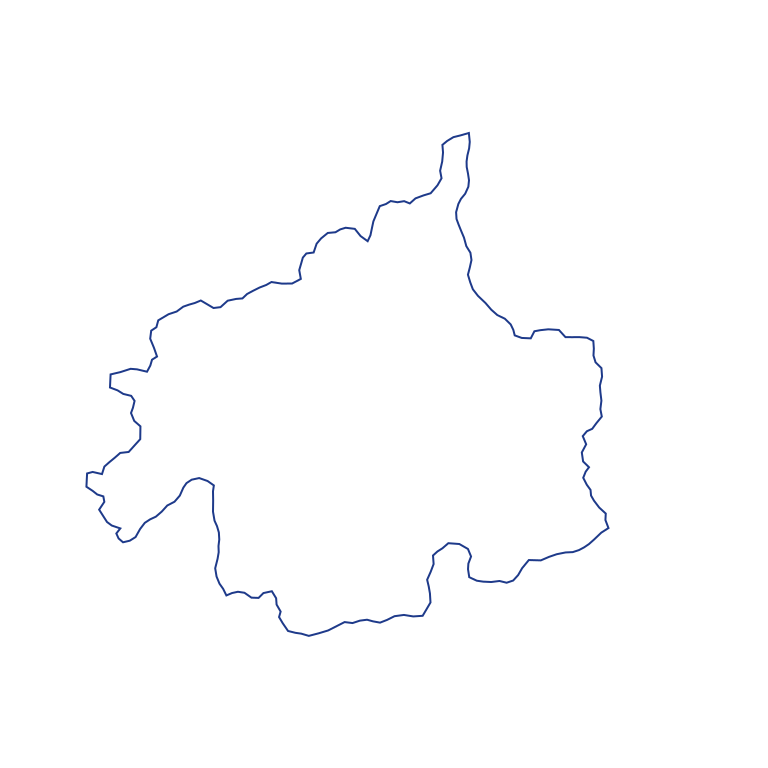 Santa Bárbara do Monte Verde, Minas Gerais, Brazil (Mercator projection), rotated 110°
{"feature_id": "56859067B95233367881630", "entity_name": "Santa Bárbara do Monte Verde", "entity_type": "district", "adm_level": 2, "iso_a3": "BRA", "parent_name": "Brazil", "parent_adm1": "Minas Gerais", "projection": "mercator", "projection_center": [-43.696, -21.962], "detail": "fine", "context": "isolated", "style": "outline", "palette": "blue", "viewbox_px": 768, "rotation_deg": 110, "n_neighbors": 0, "source": "geoboundaries", "source_scale": "gbopen_adm2", "svg_char_len": 3418}
<svg xmlns="http://www.w3.org/2000/svg" viewBox="0 0 768 768"><g transform="rotate(110 384 384)"><path d="M636.6,459.8L632.4,455.3L629.2,450.2L627.9,443.7L630.1,435.5L627.9,428.7L621.7,425.8L617.1,418.5L622.2,412.1L628.0,409.5L633.2,403.3L638.9,402.9L643.4,397.4L648.9,389.7L648.1,382.1L646.9,376.4L646.4,368.5L640.6,360.1L634.7,352.2L627.1,345.1L621.2,339.6L619.4,331.8L614.6,325.7L611.3,319.3L610.8,313.2L609.6,306.1L604.6,300.4L598.6,294.7L594.2,286.3L592.4,277.0L588.6,268.4L580.6,266.9L573.4,265.6L565.1,269.2L559.0,272.7L553.2,276.5L544.4,275.9L536.2,275.8L528.4,279.3L523.1,276.5L518.4,272.9L511.6,269.1L508.6,258.5L510.3,248.7L516.3,243.2L523.9,243.3L529.3,241.7L536.4,237.8L537.1,229.5L535.8,223.2L533.4,215.5L529.6,208.1L528.8,200.8L524.5,195.4L517.7,192.6L509.8,191.2L499.9,187.7L496.1,176.3L490.0,169.8L484.9,163.5L480.2,155.8L477.4,149.1L473.4,144.0L469.2,140.2L464.4,136.7L458.3,133.4L449.4,129.0L442.6,123.8L436.1,129.4L429.9,131.3L426.5,139.5L421.8,146.8L418.0,151.3L412.9,153.7L409.3,159.0L404.0,164.7L397.4,164.5L392.1,162.9L388.7,170.4L380.7,174.7L371.5,173.4L365.0,179.4L359.0,177.2L354.9,173.0L348.4,171.1L340.1,168.2L333.6,172.1L325.3,174.0L317.8,177.8L311.7,180.6L302.5,181.6L294.7,185.1L291.3,192.6L285.6,196.9L279.0,198.9L272.0,202.0L271.1,209.1L273.2,216.7L275.5,222.8L277.9,229.5L273.4,238.1L276.4,248.3L280.0,255.6L283.0,260.7L290.9,261.7L293.6,270.3L293.6,277.8L288.9,281.0L284.7,285.3L281.3,292.8L280.5,301.0L277.5,308.6L273.2,316.3L269.0,325.9L264.6,332.9L259.0,337.7L252.6,342.5L245.2,343.2L237.6,344.2L231.1,347.7L226.3,353.8L219.1,358.9L213.6,364.0L208.6,368.5L204.1,372.3L197.9,375.0L189.4,375.7L183.7,375.0L177.5,372.8L169.8,372.2L163.5,373.8L157.6,377.0L151.8,380.5L146.7,382.5L140.7,383.8L133.4,384.6L127.2,386.2L119.1,390.1L124.2,397.1L128.3,403.2L133.9,407.7L139.3,410.9L146.3,407.7L155.0,405.4L164.4,404.2L171.0,400.3L179.0,401.7L188.8,405.4L193.2,411.3L198.8,417.9L205.5,421.5L205.3,427.6L208.6,433.5L209.8,440.3L214.2,443.7L218.3,448.8L226.3,449.2L234.8,449.6L240.6,448.8L248.9,447.6L255.4,448.2L253.0,456.6L248.2,464.5L250.3,473.5L253.7,478.0L258.0,481.5L261.3,488.5L268.7,492.9L275.2,495.3L284.5,495.1L287.9,501.6L293.0,503.5L298.5,503.1L306.0,502.6L313.7,498.1L321.0,504.7L324.6,514.3L326.7,524.7L331.2,528.5L335.9,533.9L341.5,539.2L346.2,543.4L352.0,546.3L354.6,552.0L359.2,559.4L367.7,563.9L370.9,570.2L369.6,577.1L368.2,584.7L372.6,589.5L376.0,594.2L380.0,599.1L386.8,603.6L392.1,610.3L401.4,617.9L408.5,617.3L413.5,621.0L421.4,619.2L428.6,612.6L435.8,606.7L440.5,610.3L446.6,609.9L453.5,610.9L454.7,621.1L456.4,627.3L463.0,635.8L468.5,644.2L481.0,640.3L481.1,632.2L482.5,625.6L481.6,617.5L485.2,612.6L492.1,611.8L497.8,611.8L504.1,606.1L507.1,598.4L519.2,594.2L526.3,597.1L535.2,600.7L539.0,608.3L545.4,611.8L551.5,615.4L557.2,618.5L565.1,618.2L566.3,627.7L569.6,632.4L575.2,630.7L582.3,628.5L584.1,621.1L585.9,615.7L585.6,609.3L590.4,606.5L599.5,608.7L604.5,602.2L608.4,597.1L610.1,591.4L609.9,582.4L616.0,584.4L619.9,580.6L622.0,575.1L618.2,569.3L612.8,565.1L603.7,563.6L596.3,561.3L591.2,557.5L586.7,553.0L579.9,549.2L572.3,546.1L566.3,540.6L558.7,537.7L550.0,537.1L544.7,535.7L539.7,532.0L535.6,525.5L535.5,516.6L537.5,509.2L543.3,508.0L551.9,504.7L562.5,501.0L570.4,496.5L574.7,492.3L580.0,488.4L586.5,485.6L592.9,484.1L598.6,481.8L605.2,480.6L614.9,479.6L622.2,475.5L627.9,470.3L631.5,465.1L636.6,459.8Z" fill="none" stroke="#1e3a8a" stroke-width="2"/></g></svg>